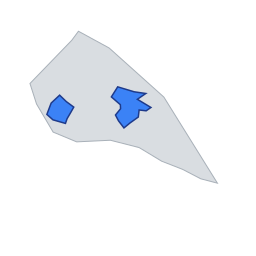 Vaduz on a map of Liechtenstein (Natural Earth projection), rotated 129°
{"feature_id": "LIE-4895", "entity_name": "Vaduz", "entity_type": "state/province", "adm_level": 1, "iso_a3": "LIE", "parent_name": "Liechtenstein", "parent_adm1": "", "projection": "natural_earth1", "projection_center": [9.545, 47.128], "detail": "fine", "context": "in_parent", "style": "filled", "palette": "blue", "viewbox_px": 256, "rotation_deg": 129, "n_neighbors": 0, "source": "natural_earth", "source_scale": "10m", "svg_char_len": 714}
<svg xmlns="http://www.w3.org/2000/svg" viewBox="0 0 256 256"><g transform="rotate(129 128 128)"><path d="M155.1,232.2L95.2,226.9L84.0,227.4L77.7,193.0L81.4,119.6L114.6,23.8L121.7,39.5L125.8,59.6L132.6,80.9L136.2,107.0L148.6,134.0L171.1,159.2L178.3,183.6L166.9,214.2L155.1,232.2Z" fill="#d9dde1" stroke="#a8b0b8" stroke-width="1"/><path d="M102.5,161.9L96.1,146.2L90.0,135.9L99.8,138.8L97.6,123.1L103.2,124.7L107.0,130.7L113.0,126.9L122.8,129.6L130.5,131.2L128.4,139.9L125.8,145.9L117.7,145.9L114.7,148.6L114.3,160.5L102.5,161.9ZM145.5,201.8L146.3,192.6L145.9,183.3L151.9,182.3L159.1,181.2L163.8,179.5L168.9,191.5L168.5,199.6L157.0,203.4L145.5,201.8Z" fill="#3b82f6" stroke="#1e3a8a" stroke-width="1.5"/></g></svg>